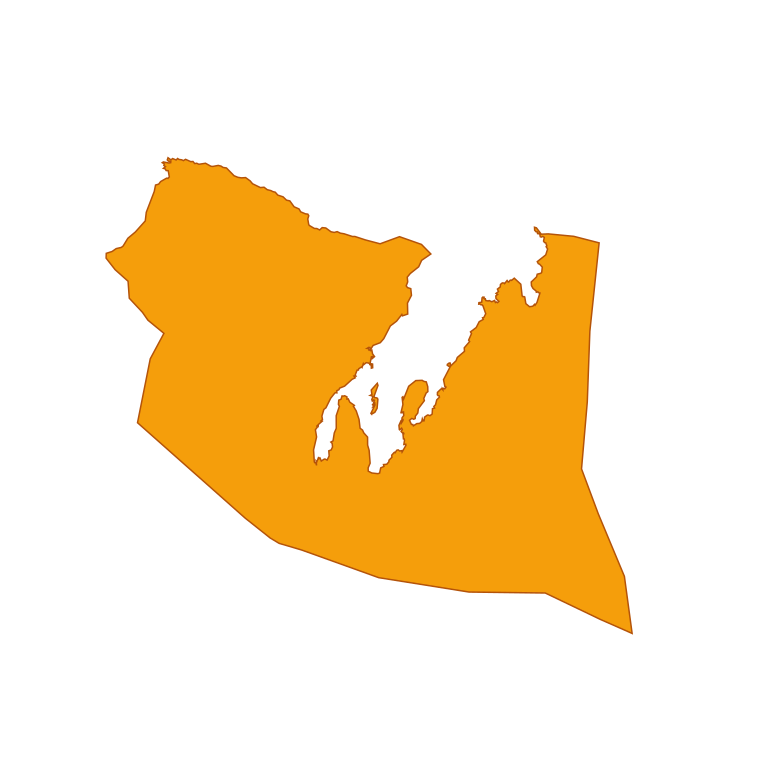 Unjárga sme 1, Finnmark, Norway (Albers equal-area conic projection), rotated 284°
{"feature_id": "86288312B72047105202096", "entity_name": "Unjárga sme 1", "entity_type": "district", "adm_level": 2, "iso_a3": "NOR", "parent_name": "Norway", "parent_adm1": "Finnmark", "projection": "albers", "projection_center": [28.889, 70.128], "detail": "fine", "context": "isolated", "style": "filled", "palette": "amber", "viewbox_px": 768, "rotation_deg": 284, "n_neighbors": 0, "source": "geoboundaries", "source_scale": "gbopen_adm2", "svg_char_len": 6164}
<svg xmlns="http://www.w3.org/2000/svg" viewBox="0 0 768 768"><g transform="rotate(284 384 384)"><path d="M443.6,82.9L438.9,83.9L429.9,95.4L421.8,110.8L405.6,116.1L395.1,132.3L388.8,139.5L379.9,158.2L351.9,151.1L286.8,154.2L220.2,281.9L207.0,310.9L204.0,320.8L203.0,344.1L194.8,425.7L202.7,516.8L220.2,591.0L207.9,650.9L202.0,685.1L255.5,663.8L309.9,623.3L349.4,596.2L415.7,585.6L484.9,571.0L573.0,558.6L573.2,532.4L569.4,507.1L567.4,500.3L568.4,499.1L567.8,498.2L568.9,498.5L572.4,494.1L572.5,492.1L569.6,493.0L568.5,494.7L568.7,495.9L567.1,496.6L567.1,497.5L567.8,497.9L567.5,498.7L564.7,500.0L564.6,501.1L565.6,502.4L565.0,504.1L561.3,504.2L560.1,505.5L560.1,506.8L557.4,508.6L556.4,508.1L554.6,510.1L548.4,509.7L539.8,503.1L538.1,504.6L537.9,506.0L535.7,509.3L530.5,510.0L529.4,509.4L527.6,506.1L524.8,506.1L518.6,502.2L515.1,503.3L512.7,505.5L511.0,509.1L509.9,509.6L510.7,511.0L510.0,511.6L510.0,513.3L500.1,512.7L497.0,511.5L497.7,510.8L495.4,509.5L494.2,506.5L496.3,502.2L502.5,499.5L502.7,498.6L502.3,497.9L502.9,496.7L513.9,492.6L518.2,484.8L515.4,482.7L515.6,482.1L515.2,481.3L513.2,480.4L513.0,479.8L514.2,478.4L510.6,476.7L511.0,476.0L510.7,474.3L508.8,472.9L506.3,473.3L503.5,471.1L501.4,472.7L499.0,470.8L498.4,472.6L496.5,471.2L494.0,472.0L492.0,475.5L490.4,474.5L490.8,473.3L490.0,472.4L491.8,471.1L489.9,468.7L490.4,465.8L489.8,465.1L489.6,462.6L491.2,461.7L490.8,460.9L491.3,460.1L492.4,460.2L492.3,458.9L491.3,458.3L487.0,459.0L485.9,456.4L484.4,456.6L484.8,457.6L484.3,458.8L484.6,459.9L483.8,461.1L476.8,465.7L472.8,464.8L472.1,463.6L470.7,464.7L467.5,461.3L461.1,459.8L455.5,455.3L454.1,456.7L447.0,455.5L445.9,456.8L438.5,453.1L435.2,454.2L427.5,448.7L424.0,448.3L417.4,444.2L420.2,443.3L419.9,442.8L420.2,442.2L418.4,440.7L417.5,440.8L416.8,442.8L417.2,443.7L416.9,444.1L402.6,440.7L396.2,443.7L396.4,444.5L395.9,444.9L394.1,444.2L393.9,443.4L394.2,442.9L393.6,442.4L393.9,441.8L392.6,442.4L393.4,441.1L392.8,440.4L388.8,437.9L386.4,438.4L385.8,439.3L385.9,440.3L384.7,441.0L381.3,439.0L376.3,439.0L374.3,437.8L372.9,438.9L371.8,437.0L366.5,438.0L364.4,436.3L364.6,434.1L364.1,433.4L361.7,431.4L358.0,431.8L357.7,430.9L359.5,429.6L356.7,429.7L354.4,428.1L353.5,425.4L350.5,422.6L351.7,421.7L351.4,420.4L355.0,417.5L357.3,419.3L357.0,421.4L358.0,422.6L360.4,422.2L364.0,423.8L368.4,423.3L377.6,427.2L379.6,426.1L385.5,427.1L387.2,428.4L392.0,427.1L396.3,424.5L396.2,422.0L396.8,420.1L395.0,414.0L387.8,408.5L374.2,406.7L376.2,405.4L375.4,404.8L368.7,407.3L360.7,407.4L361.3,408.1L360.4,408.5L361.5,409.7L358.1,410.8L355.6,409.7L353.6,410.0L354.1,411.0L353.0,411.2L350.3,410.3L353.1,409.5L347.5,408.5L343.5,409.9L343.3,410.3L345.4,411.8L344.3,412.8L342.0,412.1L341.1,413.6L341.4,414.1L341.0,415.1L339.8,415.3L340.5,414.9L340.1,414.5L335.5,416.1L335.7,416.7L334.5,417.5L330.1,417.9L330.8,419.7L329.7,420.1L322.3,418.0L323.6,417.3L322.8,415.4L323.5,413.7L322.8,412.4L320.0,411.4L320.3,410.7L319.8,410.3L316.8,408.7L314.8,409.4L311.3,407.3L309.6,407.5L306.8,406.1L305.7,403.0L304.0,403.9L301.8,401.1L296.5,401.3L295.5,399.7L294.7,393.7L295.6,389.8L298.8,388.9L303.8,389.7L316.1,385.6L320.7,382.9L328.5,380.9L331.7,376.2L334.1,374.3L335.3,371.5L343.7,368.3L351.1,363.6L355.0,359.7L356.1,360.4L358.1,355.2L360.9,352.9L360.4,351.7L363.1,351.0L362.6,350.9L363.1,348.7L362.3,347.2L362.3,346.2L358.8,346.0L357.4,344.0L353.2,344.7L351.6,346.1L341.7,345.3L329.4,348.4L324.5,347.6L316.5,348.3L314.8,346.5L313.8,348.1L310.4,349.3L307.3,348.7L305.8,346.6L300.9,348.2L296.4,347.2L296.9,345.1L296.7,344.2L294.1,341.8L296.7,339.8L295.7,338.9L297.4,338.3L292.2,337.6L292.8,336.8L288.7,338.3L291.1,336.8L290.9,335.8L291.6,335.2L303.0,331.6L316.3,331.4L323.0,328.5L325.9,329.7L326.9,329.0L328.0,329.7L327.5,330.3L328.8,330.1L332.9,333.0L333.0,331.8L334.6,332.9L337.8,331.5L344.8,331.8L346.8,333.4L357.3,335.7L363.2,338.4L363.9,339.1L364.0,340.4L366.1,339.8L367.5,341.6L369.3,342.0L372.4,346.3L380.8,351.9L383.0,354.5L384.4,353.0L384.9,354.8L385.8,353.9L390.9,354.5L391.4,355.8L392.7,355.8L395.3,358.3L394.9,358.7L398.6,359.0L397.8,359.6L400.4,361.6L400.6,363.8L400.2,365.2L399.4,365.5L399.1,367.1L396.3,367.9L397.0,369.1L400.6,368.1L400.6,367.0L399.9,366.7L400.7,365.5L407.4,365.2L407.9,366.4L406.2,366.7L408.3,368.2L410.5,365.6L413.9,364.0L413.2,363.2L413.6,362.0L413.2,361.3L414.7,360.2L414.5,359.0L415.8,360.2L416.0,361.5L413.9,362.5L418.8,364.1L423.2,370.4L427.9,372.8L441.9,376.1L448.0,381.0L455.8,384.5L454.6,385.4L457.6,390.1L468.2,387.2L476.7,389.2L483.0,386.9L483.2,383.5L484.6,381.8L488.8,382.3L493.3,380.7L497.6,382.8L506.1,389.3L513.1,390.6L521.5,398.0L528.5,386.6L530.7,363.4L519.1,346.3L519.3,331.2L520.1,320.0L519.5,317.8L520.1,308.8L519.8,305.2L520.5,301.7L519.0,299.0L518.9,295.7L521.3,289.8L520.8,286.2L517.9,284.3L518.6,281.2L518.1,278.8L519.8,273.1L520.7,272.3L525.7,270.1L529.0,270.3L530.4,269.0L530.1,266.6L530.9,261.5L533.3,259.2L534.2,253.9L538.9,248.3L538.8,244.9L541.2,240.8L541.6,235.2L543.8,232.1L543.8,229.6L544.3,227.4L544.3,223.7L545.9,220.0L544.7,216.5L546.5,208.0L548.7,205.0L550.8,199.8L549.5,195.7L549.2,192.2L549.8,188.1L555.5,178.9L555.2,175.4L556.0,173.2L556.0,170.3L553.7,165.3L553.4,163.4L555.0,157.4L552.4,151.2L552.9,148.9L552.1,147.0L553.7,144.8L553.0,142.7L554.0,137.1L552.2,135.3L552.6,133.5L552.3,130.6L552.9,129.2L551.1,128.1L551.6,124.3L549.9,123.1L551.3,119.7L549.0,119.5L548.1,120.9L548.3,123.3L547.1,123.5L546.4,121.7L546.1,116.2L545.1,115.3L544.4,117.7L542.8,117.5L542.0,119.4L539.9,117.8L539.8,119.6L538.4,121.0L538.8,123.0L533.0,125.6L531.2,124.7L531.3,123.6L530.7,122.8L526.4,118.3L523.4,117.0L521.8,114.2L515.2,114.5L493.1,111.8L484.5,112.9L471.4,106.0L463.4,100.2L454.8,97.5L453.0,96.1L450.6,91.4L446.8,88.1L443.6,82.9ZM383.1,377.3L375.1,373.1L370.9,374.8L369.6,373.4L369.7,374.8L368.8,376.3L366.0,375.9L364.6,376.8L366.1,377.9L365.9,378.7L363.7,378.5L363.5,379.6L362.3,379.9L361.9,379.4L362.9,378.7L361.1,377.9L360.9,378.4L361.3,378.8L360.0,378.9L360.4,379.6L359.5,379.2L360.1,380.0L352.3,378.4L351.7,379.4L352.9,379.5L352.7,380.3L354.4,382.0L358.7,383.2L367.5,381.8L368.6,381.1L368.8,379.5L368.5,378.4L369.4,377.3L381.2,378.5L383.1,377.3Z" fill="#f59e0b" stroke="#b45309" stroke-width="1.5"/></g></svg>